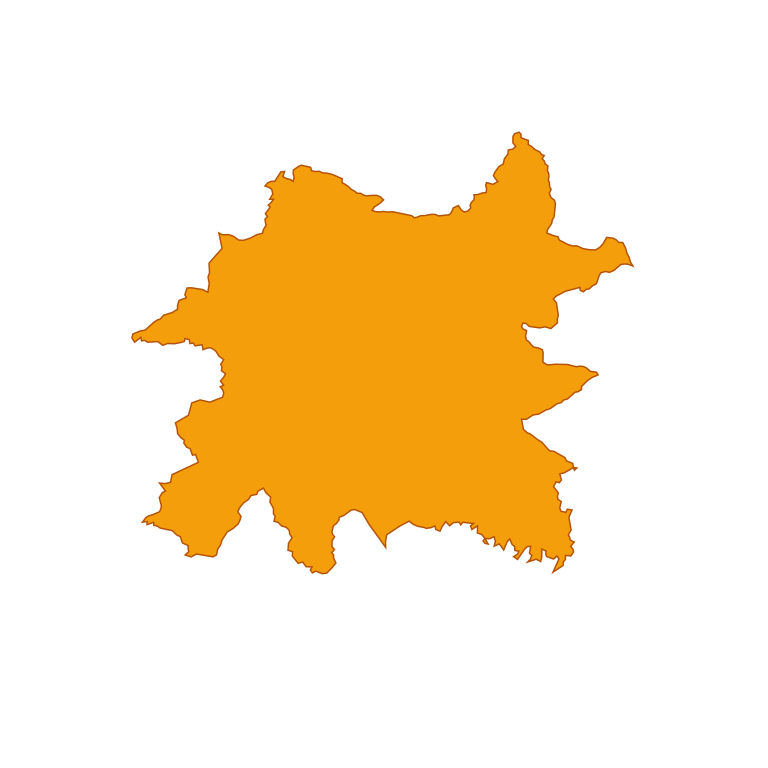 outline of Palmeira das Missões, Rio Grande do Sul, Brazil, rotated 70°
{"feature_id": "56859067B60878919931916", "entity_name": "Palmeira das Missões", "entity_type": "district", "adm_level": 2, "iso_a3": "BRA", "parent_name": "Brazil", "parent_adm1": "Rio Grande do Sul", "projection": "natural_earth1", "projection_center": [-53.372, -27.944], "detail": "fine", "context": "isolated", "style": "filled", "palette": "amber", "viewbox_px": 768, "rotation_deg": 70, "n_neighbors": 0, "source": "geoboundaries", "source_scale": "gbopen_adm2", "svg_char_len": 6172}
<svg xmlns="http://www.w3.org/2000/svg" viewBox="0 0 768 768"><g transform="rotate(70 384 384)"><path d="M358.3,109.8L353.4,110.7L349.4,110.3L344.4,111.0L338.8,110.5L332.7,111.3L331.2,115.0L328.0,116.4L325.3,118.9L322.4,124.7L327.0,129.9L329.3,134.3L330.4,139.2L328.3,144.6L325.0,150.5L320.1,155.6L318.6,159.9L315.8,163.5L308.8,170.0L305.1,170.2L303.0,173.5L297.9,179.3L295.1,177.7L290.3,171.4L287.6,169.9L285.1,167.0L273.2,161.2L269.6,161.0L265.8,163.3L261.3,163.4L258.2,160.4L255.2,160.9L251.2,159.7L248.4,159.8L246.0,158.3L242.8,157.3L239.2,157.4L235.1,155.4L232.4,157.2L229.3,157.1L226.4,158.4L224.1,155.3L222.2,157.6L219.2,158.2L215.7,161.7L211.3,164.1L208.2,166.6L204.6,165.0L199.5,171.0L196.0,169.8L193.5,171.1L193.5,175.7L195.4,178.1L201.5,180.4L205.8,178.9L207.3,182.6L206.6,187.1L210.4,189.0L213.4,193.7L218.1,196.8L219.0,201.7L223.0,207.5L225.5,209.9L228.5,209.4L232.7,207.8L233.7,213.2L229.8,218.8L232.0,220.5L235.7,220.8L239.0,222.5L238.1,226.3L238.1,230.9L237.0,234.8L239.6,235.2L241.9,236.8L243.3,239.9L245.6,242.0L248.3,242.3L250.3,246.5L249.7,249.9L246.4,252.1L241.8,253.0L242.2,258.6L245.8,262.1L247.3,264.7L244.7,275.3L242.2,277.8L240.8,281.4L239.6,288.4L238.4,291.8L238.6,295.7L238.1,298.8L235.4,300.3L225.2,316.7L223.5,322.1L221.5,325.9L220.9,329.1L218.9,333.4L216.6,335.8L214.4,332.7L212.7,325.7L210.8,321.4L206.5,323.7L204.3,326.3L203.0,329.6L201.2,336.4L199.0,339.1L196.8,340.7L195.5,344.1L192.8,345.6L189.8,348.3L186.2,349.9L180.3,354.5L176.8,353.1L169.5,360.8L166.1,365.9L164.5,369.7L162.0,372.0L160.8,375.9L158.8,379.2L155.3,378.8L150.1,387.0L150.5,390.7L152.0,396.0L155.7,397.5L159.0,397.7L162.6,400.1L159.8,402.0L157.5,405.6L154.6,408.1L150.2,404.8L149.4,408.4L156.2,417.3L154.9,421.1L155.3,424.6L157.2,428.1L159.8,424.9L162.8,422.9L167.4,423.5L171.3,428.2L172.6,424.7L174.8,427.9L176.4,431.6L178.8,430.4L183.4,437.2L186.8,436.2L188.6,439.6L194.6,440.6L197.8,444.7L200.8,446.6L200.2,452.9L201.2,459.9L200.9,466.9L199.1,471.3L193.4,475.2L190.4,479.1L188.5,484.9L185.6,487.5L201.2,489.8L210.6,507.1L219.8,509.9L223.3,512.8L229.6,513.8L237.5,518.1L233.2,522.2L227.8,531.9L226.4,536.2L232.0,540.6L235.4,540.2L235.4,548.1L239.9,551.3L243.0,552.3L244.4,558.4L244.0,567.6L246.4,572.1L246.4,575.5L247.2,578.9L251.7,590.1L250.8,594.9L251.2,602.9L254.4,605.1L259.4,604.1L257.0,596.6L260.5,597.0L261.2,593.9L263.8,592.0L266.8,582.0L272.0,578.6L271.9,573.5L274.5,567.1L275.6,560.1L275.7,557.0L273.3,555.6L275.7,551.7L279.6,552.5L280.3,549.3L283.6,548.4L284.8,541.4L290.0,542.3L289.7,538.9L290.4,534.9L293.5,532.1L296.0,530.7L301.1,529.7L306.3,526.3L309.7,530.7L312.5,530.4L315.9,532.2L320.2,529.4L322.4,531.8L325.4,536.7L330.3,535.1L330.6,538.9L334.4,537.5L338.1,537.9L341.2,540.2L341.5,553.9L336.1,562.2L336.0,571.1L346.5,578.4L349.1,593.2L355.2,593.7L360.1,594.9L365.2,593.1L368.6,590.8L371.1,592.3L375.7,591.1L378.5,588.3L385.4,588.3L385.8,585.2L394.1,585.2L396.7,614.2L403.3,618.2L402.8,623.6L400.3,628.8L409.8,626.0L410.2,629.3L413.9,634.1L422.1,634.8L424.9,636.3L427.3,638.7L427.7,646.0L427.4,650.4L428.3,653.8L431.2,658.2L432.2,653.6L435.1,654.8L435.2,647.7L438.1,648.7L439.9,645.7L442.8,643.6L449.4,633.1L454.8,630.5L457.8,627.6L464.4,627.8L468.8,623.3L472.0,624.5L474.7,624.7L476.7,629.3L480.5,624.4L479.6,618.4L487.9,603.9L487.3,599.8L482.4,596.8L479.2,592.5L475.2,589.6L469.3,581.8L468.2,575.3L465.5,568.8L462.9,566.1L459.5,563.7L453.8,565.1L450.1,560.8L447.7,556.6L446.0,550.6L443.3,547.1L444.2,541.3L441.6,539.2L440.6,532.9L445.8,532.1L451.6,529.2L455.8,531.6L463.0,530.4L468.3,532.3L470.8,531.4L475.3,534.3L478.0,530.7L482.5,528.7L485.1,525.0L489.0,523.1L492.7,523.9L496.9,522.9L501.0,528.2L507.4,531.1L510.3,527.3L514.2,529.0L523.1,526.0L523.5,521.3L529.1,519.7L531.2,514.2L533.5,516.8L537.0,515.9L536.5,512.1L541.1,506.9L542.1,502.4L538.8,495.5L535.7,490.4L530.1,490.9L527.3,489.8L524.6,490.9L522.6,487.1L519.1,488.5L513.5,486.4L510.7,482.7L508.0,483.7L505.2,483.6L499.8,479.9L498.8,476.4L496.5,473.0L493.9,471.6L493.8,466.9L491.2,457.6L492.0,454.4L497.3,448.5L510.5,446.1L538.1,438.3L532.7,436.5L526.6,433.0L522.8,417.3L521.5,407.2L525.8,404.6L529.5,400.6L532.1,396.0L534.1,393.6L535.1,389.0L534.8,384.8L538.5,385.0L541.4,381.7L538.0,378.3L534.5,373.0L539.6,370.8L538.0,366.1L539.6,360.6L542.6,360.1L540.9,357.3L545.7,347.5L546.9,351.2L550.8,351.2L549.3,344.6L556.0,347.2L558.6,343.8L563.6,341.9L565.5,338.0L565.2,332.8L569.7,333.0L574.0,335.9L573.7,330.3L580.9,328.3L574.2,322.0L572.7,318.8L578.7,318.5L581.6,316.7L585.2,318.0L587.2,314.5L589.6,316.7L590.5,321.3L594.5,318.5L587.4,308.6L585.8,304.9L586.8,301.7L592.8,305.2L595.6,303.7L598.6,306.3L600.4,309.8L600.7,300.9L604.4,297.5L600.7,295.0L593.0,292.2L596.5,288.8L599.2,290.3L601.8,290.1L606.5,284.5L604.8,280.4L608.2,279.4L618.6,289.5L615.8,277.8L612.4,276.2L611.0,273.6L607.2,272.1L609.5,267.2L606.8,263.5L603.7,262.9L600.5,264.2L597.6,259.3L594.4,262.4L591.5,262.0L588.8,262.4L585.1,258.1L572.3,255.8L566.7,250.4L564.3,254.6L566.8,256.9L564.1,261.3L560.5,261.2L555.1,257.7L551.9,260.1L548.5,259.3L546.0,257.4L538.5,259.8L534.7,255.8L536.7,253.0L534.8,250.1L528.6,249.6L529.1,244.8L527.3,234.6L523.2,233.8L518.6,238.8L515.0,239.2L505.3,247.4L503.5,251.3L492.6,255.6L489.1,258.5L481.6,263.2L478.7,266.1L474.5,268.5L464.1,266.8L465.9,262.3L464.1,254.7L465.2,248.7L463.8,240.9L464.0,236.5L461.7,228.0L462.1,223.7L460.5,220.7L460.8,216.5L457.1,207.5L457.6,204.1L456.8,200.4L453.9,199.2L450.5,191.9L449.0,186.3L448.7,179.7L445.5,180.3L442.7,185.8L438.1,188.3L435.7,190.7L434.2,193.9L433.6,197.3L428.4,205.0L424.1,216.0L422.0,223.9L417.9,227.2L408.8,223.7L405.9,223.5L403.0,226.6L400.3,231.0L393.6,233.5L391.3,235.2L387.3,234.6L382.6,231.7L380.2,234.3L377.5,235.2L374.3,232.7L375.7,229.8L379.6,227.8L384.5,218.5L385.4,213.0L389.0,208.2L385.8,200.1L382.1,198.9L379.3,196.8L366.8,194.2L362.0,195.8L360.3,192.2L358.9,182.0L360.2,166.8L363.0,167.6L365.6,165.1L364.2,161.7L364.8,158.6L363.1,154.8L362.4,150.1L355.5,144.5L353.7,142.2L354.0,137.4L356.2,134.0L355.9,128.9L352.7,120.7L353.4,117.1L355.0,113.5L358.3,109.8ZM563.6,341.9L565.3,344.6L568.2,343.7L570.0,340.9L563.6,341.9ZM527.3,234.6L530.2,234.6L528.9,231.5L527.3,234.6Z" fill="#f59e0b" stroke="#b45309" stroke-width="1.5"/></g></svg>